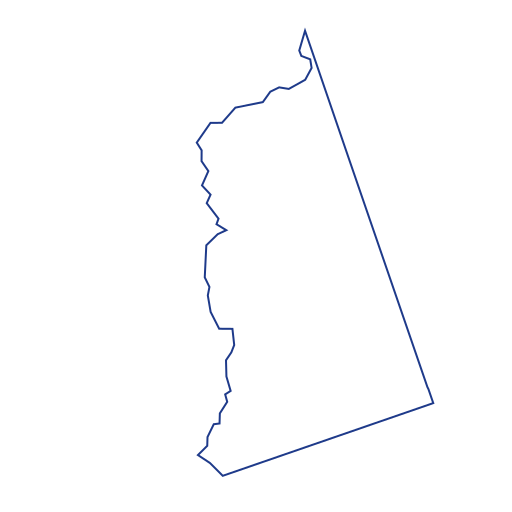 the district of Ward, Texas, United States of America, rotated 71°
{"feature_id": "52423323B69201645731080", "entity_name": "Ward", "entity_type": "district", "adm_level": 2, "iso_a3": "USA", "parent_name": "United States of America", "parent_adm1": "Texas", "projection": "equal_earth", "projection_center": [-103.189, 31.459], "detail": "fine", "context": "isolated", "style": "outline", "palette": "blue", "viewbox_px": 512, "rotation_deg": 71, "n_neighbors": 0, "source": "geoboundaries", "source_scale": "gbopen_adm2", "svg_char_len": 772}
<svg xmlns="http://www.w3.org/2000/svg" viewBox="0 0 512 512"><g transform="rotate(71 256 256)"><path d="M438.0,136.3L435.7,136.6L191.2,136.5L59.0,136.3L75.8,148.2L81.6,148.0L87.7,140.7L96.3,142.2L105.4,152.1L108.7,170.6L104.1,179.2L105.3,189.0L112.7,199.4L109.0,227.2L119.0,244.8L115.3,255.7L129.5,275.1L138.4,273.0L148.6,276.6L160.2,273.4L171.7,284.1L183.2,279.0L190.0,285.4L208.5,279.3L213.1,283.0L221.9,275.7L222.9,285.1L229.7,299.5L259.5,311.4L270.1,310.1L277.6,314.4L294.1,317.1L312.8,314.5L317.2,302.0L333.1,305.6L339.1,310.7L344.8,318.3L360.3,323.2L375.3,323.9L376.8,330.2L384.5,330.7L393.0,341.4L402.5,345.0L401.3,350.7L411.4,360.8L419.6,363.9L425.3,375.7L436.8,366.9L453.0,359.0L452.8,136.3L438.0,136.3Z" fill="none" stroke="#1e3a8a" stroke-width="2"/></g></svg>